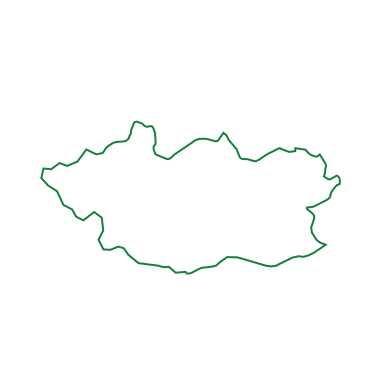 the District of Gasa, rotated 207°
{"feature_id": "BTN-2437", "entity_name": "Gasa", "entity_type": "District", "adm_level": 1, "iso_a3": "BTN", "parent_name": "Bhutan", "parent_adm1": "", "projection": "robinson", "projection_center": [89.927, 28.037], "detail": "fine", "context": "isolated", "style": "outline", "palette": "green", "viewbox_px": 384, "rotation_deg": 207, "n_neighbors": 0, "source": "natural_earth", "source_scale": "10m", "svg_char_len": 2291}
<svg xmlns="http://www.w3.org/2000/svg" viewBox="0 0 384 384"><g transform="rotate(207 192 192)"><path d="M49.0,205.7L49.8,204.0L55.6,193.6L59.0,188.9L63.0,185.0L67.9,183.1L72.7,179.2L83.9,164.2L88.3,161.3L92.8,159.9L121.8,154.4L131.1,150.0L135.4,142.0L137.1,137.4L140.8,134.2L149.0,128.8L151.1,126.3L154.9,120.8L157.0,118.4L159.6,117.0L161.5,117.9L169.9,112.7L178.7,114.8L183.3,112.0L187.9,111.3L207.4,104.3L220.1,107.1L227.3,110.9L232.9,109.9L238.5,103.4L244.9,100.6L253.6,107.1L253.6,117.4L260.8,128.2L270.1,129.7L276.0,117.4L283.9,117.4L291.1,122.1L300.7,122.1L312.7,131.5L323.1,132.4L332.6,136.1L335.0,145.5L327.9,148.3L323.1,157.7L315.1,158.6L307.9,167.0L305.4,181.9L294.5,182.1L292.9,183.3L289.2,186.3L288.6,192.1L287.1,195.8L284.5,200.0L282.3,202.1L274.6,206.8L273.1,209.5L272.7,211.9L273.2,213.5L273.0,215.7L273.2,217.0L273.8,218.3L274.3,219.7L274.5,221.0L274.6,223.8L274.9,225.6L275.0,227.1L274.4,228.6L273.0,229.7L270.5,229.9L269.0,230.2L267.5,230.3L264.1,229.3L262.5,229.4L261.2,230.0L259.7,231.3L258.5,232.1L257.1,232.3L255.0,230.9L251.7,227.8L246.9,219.7L246.4,218.0L246.4,217.2L246.6,216.5L246.9,215.7L246.5,214.4L245.7,212.7L241.7,209.1L237.8,209.3L229.8,209.9L228.6,210.2L227.5,211.0L226.4,212.6L224.7,217.4L214.5,235.8L213.6,237.9L212.0,240.1L209.8,242.5L204.9,245.2L202.2,246.2L197.3,247.1L196.1,247.5L195.0,247.7L193.9,247.8L192.8,248.9L192.1,249.8L190.8,259.0L186.8,258.0L185.8,257.3L183.0,255.1L171.7,250.4L165.8,245.2L164.5,244.3L163.1,244.1L161.4,244.6L158.5,246.0L156.8,246.6L155.2,246.9L153.9,247.1L150.7,247.7L149.5,248.2L148.1,249.6L146.6,251.8L142.0,260.1L134.0,270.8L127.1,271.3L123.2,272.0L118.6,275.3L119.8,278.0L110.2,281.2L105.7,279.5L103.8,279.1L102.2,279.1L99.4,279.3L97.8,279.8L96.8,280.2L95.2,283.4L86.1,278.0L85.2,277.1L84.2,275.8L83.8,273.6L82.1,269.1L81.4,265.7L76.1,265.3L74.5,266.2L73.9,267.2L72.4,269.3L70.7,272.1L69.8,272.4L69.0,272.3L68.1,271.9L67.4,271.5L66.8,270.9L66.2,270.3L65.6,269.6L65.1,268.7L64.7,268.0L64.1,266.1L66.1,263.7L67.5,257.7L67.7,255.4L67.6,253.5L67.1,251.9L66.7,249.7L67.3,248.2L68.4,246.0L76.8,234.5L78.0,233.3L79.3,232.4L80.6,231.7L82.3,230.5L82.5,229.7L81.8,229.1L75.8,227.8L72.6,226.5L71.1,223.9L69.7,214.4L66.7,210.3L60.1,206.3L58.0,205.5L54.7,205.1L49.0,205.7Z" fill="none" stroke="#15803d" stroke-width="2"/></g></svg>